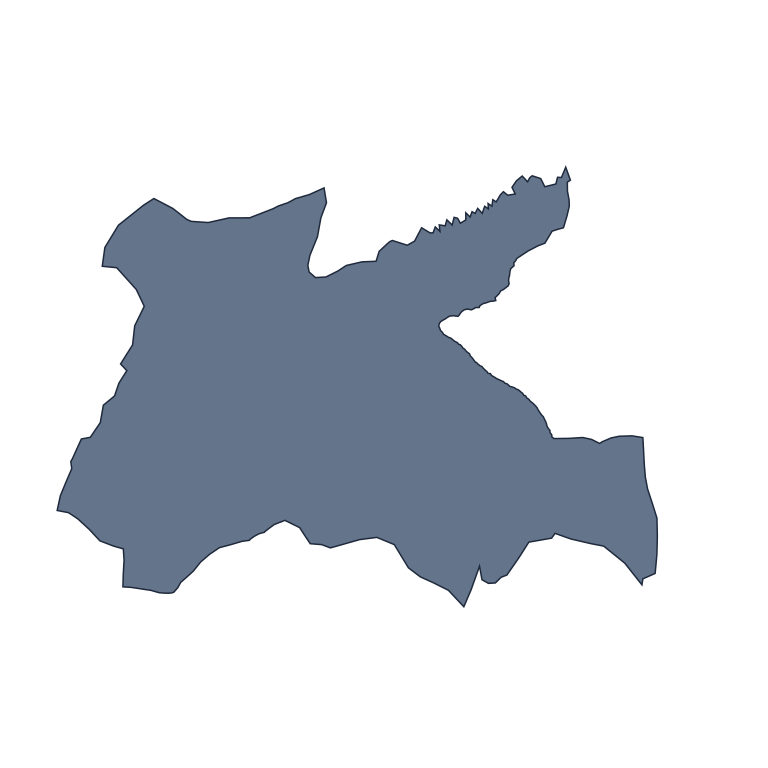 the district of Dabola, Dabola, Guinea, rotated 10°
{"feature_id": "49546643B93693461345641", "entity_name": "Dabola", "entity_type": "district", "adm_level": 2, "iso_a3": "GIN", "parent_name": "Guinea", "parent_adm1": "Dabola", "projection": "natural_earth1", "projection_center": [-10.933, 10.773], "detail": "fine", "context": "isolated", "style": "filled", "palette": "slate", "viewbox_px": 768, "rotation_deg": 10, "n_neighbors": 0, "source": "geoboundaries", "source_scale": "gbopen_adm2", "svg_char_len": 4023}
<svg xmlns="http://www.w3.org/2000/svg" viewBox="0 0 768 768"><g transform="rotate(10 384 384)"><path d="M672.9,537.0L672.8,530.9L683.9,523.5L683.4,516.9L682.3,504.1L679.6,486.3L676.1,468.7L669.0,455.0L661.8,441.6L657.5,430.2L654.2,417.6L649.7,398.0L648.2,391.8L637.2,392.0L624.7,394.6L617.0,397.7L608.9,403.0L606.7,405.1L597.9,402.5L589.0,402.2L575.7,405.4L561.0,408.2L558.6,407.1L557.9,404.7L555.9,403.0L555.5,401.0L553.3,399.0L551.7,397.0L551.0,395.1L549.5,392.6L547.9,390.5L546.6,388.6L544.8,387.3L543.0,385.6L541.6,384.1L540.2,382.6L538.7,380.6L536.3,378.7L534.7,377.6L533.2,376.6L531.4,375.8L529.1,373.8L527.1,373.0L525.5,371.1L523.5,370.8L522.2,369.1L521.1,368.6L518.6,367.1L517.3,366.4L514.8,365.9L513.3,365.1L511.0,364.7L508.6,364.6L506.7,363.4L505.3,362.5L502.9,362.2L501.3,360.9L499.7,360.6L494.0,359.1L493.6,359.0L492.0,358.2L488.5,357.0L487.0,355.3L484.5,355.4L483.3,354.0L481.0,352.6L479.2,351.4L477.3,349.7L475.8,349.6L473.9,348.5L473.1,348.1L472.8,347.9L471.4,346.8L470.0,346.5L468.6,345.1L466.5,343.1L464.0,341.2L462.9,339.3L461.3,338.6L459.2,337.4L457.4,335.7L455.5,335.0L454.2,333.5L452.2,332.0L450.7,332.0L449.1,330.5L446.3,329.7L444.1,328.5L442.1,327.3L439.4,326.8L436.3,325.5L434.1,324.8L432.6,323.0L430.4,321.5L429.2,319.4L427.8,317.3L428.0,314.7L429.1,312.6L431.1,310.8L433.0,309.3L435.0,307.3L437.0,305.6L438.2,305.4L440.8,304.6L442.5,304.7L445.1,304.5L446.0,303.4L446.5,302.0L447.7,299.6L450.1,297.0L452.4,296.0L454.2,295.6L455.4,295.8L457.1,295.8L459.7,294.0L461.0,292.8L464.5,292.1L464.9,290.1L467.8,287.5L470.4,286.4L473.4,284.6L475.1,283.9L477.0,283.5L479.6,282.4L478.9,280.9L478.4,279.7L480.0,277.5L481.6,275.2L482.7,272.1L485.0,270.4L486.8,268.5L489.3,265.7L489.8,263.4L488.8,260.7L488.5,257.9L488.8,255.4L488.5,251.3L488.8,248.4L491.5,245.0L490.8,242.0L492.2,239.9L493.1,237.2L493.8,236.5L503.0,227.8L511.5,221.3L518.0,217.4L523.0,204.3L528.5,201.4L533.6,199.0L535.0,187.1L535.6,176.8L534.3,170.6L531.2,162.3L529.5,153.4L532.2,150.9L525.3,138.9L522.9,149.8L519.0,150.3L518.5,157.2L508.1,161.8L502.7,154.5L493.8,153.2L491.7,155.6L490.3,159.9L484.0,155.2L479.1,160.9L475.9,168.1L480.2,174.1L473.0,176.6L468.2,173.9L465.7,177.6L464.0,182.2L462.8,185.2L459.2,183.6L459.4,190.1L455.2,188.2L456.3,193.4L452.3,191.5L451.1,198.9L445.8,194.8L444.1,200.2L440.8,199.0L439.8,204.6L434.8,201.2L436.1,208.2L431.3,212.4L427.7,208.0L424.1,207.7L423.5,215.6L417.4,211.4L416.8,217.6L410.8,217.7L412.6,224.0L407.2,220.4L406.1,226.6L403.1,227.2L393.9,223.6L389.3,238.0L382.8,243.3L367.3,241.2L365.1,242.7L362.6,245.7L356.2,254.2L354.9,264.5L341.2,267.5L326.3,273.8L319.0,280.7L308.2,288.7L298.0,291.1L290.8,286.7L288.4,280.4L288.7,270.1L292.9,250.6L293.0,231.3L295.9,215.5L290.9,201.3L277.6,210.4L264.6,216.8L258.0,222.1L249.1,227.0L244.4,230.6L222.8,243.7L202.6,247.3L182.9,255.5L166.0,257.3L161.3,256.2L145.6,247.8L125.2,241.3L116.2,249.6L94.9,273.7L85.4,298.0L86.1,317.0L100.6,315.9L123.6,333.9L134.4,349.1L128.4,369.9L129.6,389.2L121.1,410.0L128.4,415.5L122.8,429.2L120.7,442.6L111.3,453.6L111.3,471.3L104.0,487.5L95.5,490.7L89.9,512.5L89.0,514.6L91.2,521.6L88.1,534.7L84.7,550.1L84.1,565.3L95.7,565.5L105.9,570.0L118.9,578.3L131.5,587.8L145.9,590.6L155.9,591.6L158.6,602.6L160.4,617.7L162.1,629.1L170.4,628.2L178.1,628.0L183.8,627.9L190.2,627.7L198.8,628.6L203.1,628.2L207.9,627.5L211.3,626.6L213.3,625.4L213.4,625.2L216.4,620.2L218.2,614.7L222.9,608.9L228.7,601.4L234.3,591.2L241.9,581.9L250.4,573.7L260.2,569.2L271.5,563.6L278.6,561.3L279.1,560.2L282.4,556.8L286.7,553.3L289.1,552.1L291.8,550.9L292.5,549.9L293.1,549.2L294.7,547.4L300.2,541.5L307.9,536.8L310.1,535.5L325.9,540.1L332.6,547.3L339.1,554.1L350.5,553.0L359.7,554.7L387.0,541.5L403.6,536.3L422.1,540.4L424.6,543.3L440.0,560.8L453.2,567.6L467.6,571.3L483.3,576.0L501.3,589.5L505.5,571.6L509.7,546.8L514.4,559.5L514.6,559.8L521.5,562.2L528.2,560.6L532.9,554.0L538.2,550.8L547.1,531.5L554.1,514.6L575.8,506.7L578.4,501.4L595.1,504.2L615.5,505.3L628.5,505.5L652.2,518.6L672.9,537.0Z" fill="#64748b" stroke="#1e293b" stroke-width="1.5"/></g></svg>